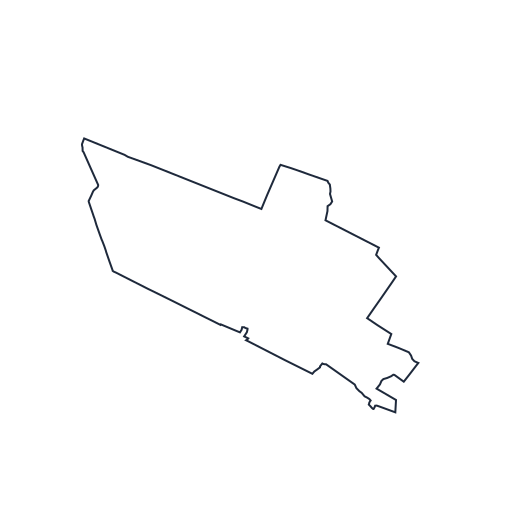 outline of Plopii-Slavitesti, Teleorman, Romania, rotated 220°
{"feature_id": "2599482B4381153451423", "entity_name": "Plopii-Slavitesti", "entity_type": "district", "adm_level": 2, "iso_a3": "ROU", "parent_name": "Romania", "parent_adm1": "Teleorman", "projection": "equal_earth", "projection_center": [24.675, 43.97], "detail": "fine", "context": "isolated", "style": "outline", "palette": "slate", "viewbox_px": 512, "rotation_deg": 220, "n_neighbors": 0, "source": "geoboundaries", "source_scale": "gbopen_adm2", "svg_char_len": 1958}
<svg xmlns="http://www.w3.org/2000/svg" viewBox="0 0 512 512"><g transform="rotate(220 256 256)"><path d="M167.2,341.4L225.7,328.0L227.2,330.8L230.1,336.3L233.2,340.2L232.3,343.5L232.7,346.7L239.2,351.1L240.4,353.3L242.4,355.5L245.4,358.2L247.7,358.6L249.5,359.5L256.6,356.8L267.6,352.6L274.7,350.0L285.7,345.8L295.8,341.6L295.5,339.6L286.7,310.0L284.4,302.7L282.1,295.5L288.1,293.5L300.8,289.4L310.1,286.1L394.8,258.1L418.0,249.6L421.7,249.0L463.2,235.6L462.3,232.9L461.2,229.9L460.8,229.3L459.3,228.1L458.7,227.7L456.3,225.0L454.8,224.7L441.3,218.1L425.3,210.3L422.6,209.0L422.2,208.5L421.7,207.4L421.7,206.1L422.5,202.0L422.2,200.3L421.0,196.3L419.5,190.5L418.6,189.8L414.0,187.0L412.7,186.2L409.7,184.4L406.9,182.7L406.3,182.3L403.5,180.7L398.2,177.2L389.2,171.9L384.7,169.3L383.6,168.8L382.5,168.2L378.5,166.0L374.2,163.4L373.4,162.8L364.9,157.7L357.9,153.6L356.4,152.7L356.2,152.5L354.9,152.6L352.9,153.2L336.5,157.0L318.0,161.3L296.9,166.5L256.8,176.1L238.9,180.4L239.0,181.0L222.9,186.0L219.2,187.2L219.6,190.2L220.8,192.6L219.1,193.9L217.9,194.0L215.8,194.9L215.1,194.0L214.0,191.7L213.4,186.8L209.0,187.9L209.0,186.6L209.4,185.1L207.4,185.6L167.0,194.8L137.1,202.0L137.1,205.0L136.2,208.4L135.4,211.8L136.0,212.6L136.1,216.3L135.2,216.5L134.0,217.1L132.7,218.1L97.7,221.0L94.1,219.3L89.9,218.9L87.1,219.1L82.6,218.3L80.1,218.9L77.3,219.3L75.3,219.0L75.2,217.8L75.0,216.6L74.5,215.7L74.1,214.7L72.2,214.5L71.8,214.5L71.4,214.4L69.5,214.1L68.1,214.1L67.6,214.4L67.9,216.2L68.5,217.9L67.4,219.0L64.8,220.0L48.8,225.8L56.2,235.7L78.4,231.9L78.5,237.3L79.6,240.9L79.3,243.6L77.1,246.9L75.2,250.7L74.5,253.3L73.5,253.9L62.0,254.7L62.3,263.9L62.8,275.2L62.9,278.4L64.9,277.8L67.0,277.2L68.6,277.4L70.2,277.6L73.2,279.4L77.0,280.5L88.3,277.0L98.6,273.4L102.2,283.2L118.5,281.1L130.9,279.8L132.0,291.6L133.1,304.5L134.9,323.8L135.6,330.4L158.4,333.2L160.8,333.5L164.7,334.1L166.4,338.9L167.2,341.4Z" fill="none" stroke="#1e293b" stroke-width="2"/></g></svg>